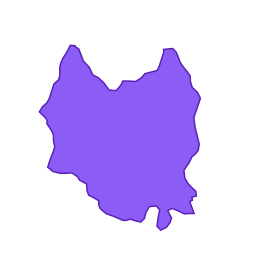 outline of Suncheon-si, South Jeolla, South Korea, rotated 18°
{"feature_id": "91817680B16002130574290", "entity_name": "Suncheon-si", "entity_type": "district", "adm_level": 2, "iso_a3": "KOR", "parent_name": "South Korea", "parent_adm1": "South Jeolla", "projection": "mercator", "projection_center": [127.399, 35.008], "detail": "fine", "context": "isolated", "style": "filled", "palette": "violet", "viewbox_px": 256, "rotation_deg": 18, "n_neighbors": 0, "source": "geoboundaries", "source_scale": "gbopen_adm2", "svg_char_len": 1514}
<svg xmlns="http://www.w3.org/2000/svg" viewBox="0 0 256 256"><g transform="rotate(18 128 128)"><path d="M52.0,66.1L47.5,67.2L47.0,71.1L46.0,76.5L44.5,81.9L44.0,87.4L44.5,91.8L47.0,99.2L47.0,103.6L44.0,109.0L44.0,117.4L44.0,123.8L43.1,129.2L40.1,134.2L38.7,140.0L46.5,143.9L49.0,146.1L49.5,148.9L56.4,154.4L59.3,157.8L61.3,163.7L64.2,168.6L64.2,174.6L63.7,181.9L63.8,190.2L70.4,192.6L77.7,192.0L81.5,190.8L88.4,188.0L95.3,190.0L98.1,192.6L105.8,194.0L108.6,200.5L111.4,204.1L115.8,204.7L122.5,206.1L124.1,210.4L126.5,213.2L130.0,214.8L133.8,216.2L137.4,216.4L140.7,216.4L151.9,217.4L154.9,216.4L158.3,214.0L163.7,214.0L169.2,213.5L171.6,209.0L171.1,203.1L172.6,196.2L179.0,193.3L183.5,196.2L184.4,204.1L185.9,212.5L190.8,215.0L195.3,210.5L197.2,204.6L197.2,200.2L191.3,194.3L194.8,190.8L201.7,191.3L208.1,192.3L211.5,190.8L214.5,189.8L217.3,188.9L217.2,188.8L209.5,178.9L211.6,176.6L210.1,174.1L212.2,172.7L214.0,171.6L212.0,167.2L206.6,164.7L202.2,162.2L197.7,158.3L194.3,151.4L195.3,147.0L196.8,142.5L197.7,135.6L200.2,131.7L201.7,127.3L200.7,121.3L194.3,111.0L191.3,106.1L187.4,97.7L187.7,77.7L186.9,76.5L183.0,72.6L176.6,69.6L173.1,64.7L171.1,59.3L167.2,56.3L161.8,52.9L157.3,49.4L153.9,45.0L150.4,41.0L146.0,38.6L137.5,42.3L138.6,45.0L138.6,51.9L138.6,59.3L138.1,64.2L127.3,71.1L125.3,76.0L120.9,81.4L115.0,82.9L108.6,84.9L108.1,89.3L105.1,96.2L98.2,97.7L90.8,92.3L83.9,89.3L78.0,88.3L72.6,82.4L64.7,78.0L61.3,73.6L56.8,68.1L51.9,66.7L52.0,66.1Z" fill="#8b5cf6" stroke="#5b21b6" stroke-width="1.5"/></g></svg>